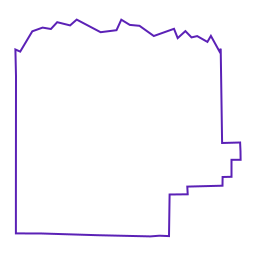 Washington, Indiana, United States of America
{"feature_id": "52423323B26217734991778", "entity_name": "Washington", "entity_type": "district", "adm_level": 2, "iso_a3": "USA", "parent_name": "United States of America", "parent_adm1": "Indiana", "projection": "robinson", "projection_center": [-86.055, 38.601], "detail": "fine", "context": "isolated", "style": "outline", "palette": "violet", "viewbox_px": 256, "rotation_deg": 0, "n_neighbors": 0, "source": "geoboundaries", "source_scale": "gbopen_adm2", "svg_char_len": 604}
<svg xmlns="http://www.w3.org/2000/svg" viewBox="0 0 256 256"><path d="M32.3,31.3L20.2,51.6L15.4,49.5L16.0,76.2L15.9,196.7L15.9,233.4L42.0,233.5L97.3,235.2L150.4,236.4L159.5,235.7L169.0,236.1L169.6,194.5L187.7,194.3L187.3,186.6L222.5,185.7L222.6,177.0L231.5,176.8L231.5,159.8L240.6,159.8L240.5,151.4L240.1,142.5L222.1,143.0L220.7,48.7L219.5,51.5L210.9,35.9L207.4,41.9L197.2,36.1L191.5,37.4L185.4,31.1L177.7,38.1L174.0,28.8L153.8,36.0L139.5,25.8L129.8,24.9L121.3,19.7L116.5,30.2L100.6,32.2L76.7,19.6L70.1,25.4L57.2,22.2L50.9,29.0L42.6,27.6L32.3,31.3Z" fill="none" stroke="#5b21b6" stroke-width="2"/></svg>